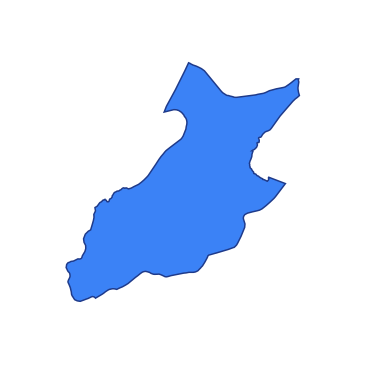 Bachiangchaleunsook, Champasak, Laos (Equal Earth projection), rotated 207°
{"feature_id": "54806243B89644559951637", "entity_name": "Bachiangchaleunsook", "entity_type": "district", "adm_level": 2, "iso_a3": "LAO", "parent_name": "Laos", "parent_adm1": "Champasak", "projection": "equal_earth", "projection_center": [105.973, 15.25], "detail": "fine", "context": "isolated", "style": "filled", "palette": "blue", "viewbox_px": 384, "rotation_deg": 207, "n_neighbors": 0, "source": "geoboundaries", "source_scale": "gbopen_adm2", "svg_char_len": 5894}
<svg xmlns="http://www.w3.org/2000/svg" viewBox="0 0 384 384"><g transform="rotate(207 192 192)"><path d="M271.4,134.1L270.8,133.2L269.4,131.3L269.3,127.5L267.8,124.9L266.9,121.8L266.0,117.2L265.1,112.2L266.6,110.0L267.9,106.0L267.4,101.1L265.3,98.1L262.5,96.1L261.0,93.4L260.4,90.4L260.7,85.8L260.7,85.1L260.4,83.8L260.4,83.0L260.7,82.2L261.8,81.2L263.3,80.6L266.3,76.6L268.3,75.2L269.4,73.6L270.3,72.8L270.8,70.6L269.8,67.5L268.3,66.4L267.1,65.4L266.0,64.8L264.9,64.5L264.0,63.9L262.9,62.5L262.3,61.3L262.1,59.7L262.1,57.6L261.9,56.0L261.4,55.2L259.6,53.8L257.0,51.5L255.4,49.6L254.2,48.2L252.9,46.2L251.8,45.2L247.7,42.8L244.9,42.9L243.3,43.4L241.9,43.9L239.2,46.8L237.5,48.7L236.3,49.9L234.1,52.8L233.4,53.6L232.4,53.9L231.4,54.1L230.2,53.8L229.8,53.6L226.3,59.1L225.6,60.2L224.9,61.5L224.4,62.5L223.9,63.7L222.6,66.0L221.9,67.1L221.4,67.7L219.9,68.9L219.3,69.4L218.7,69.8L218.1,70.1L217.4,70.4L216.4,70.7L215.6,70.9L214.8,71.1L213.8,72.5L212.7,73.9L210.9,76.0L208.9,79.0L207.4,81.5L203.6,90.3L202.4,92.7L201.1,95.7L199.9,98.0L198.8,99.2L197.4,100.2L195.5,100.7L193.3,101.1L191.6,100.9L189.2,101.2L187.9,101.7L185.4,103.1L184.1,103.9L181.9,104.2L179.7,104.3L177.6,104.3L176.3,104.8L175.0,105.8L172.8,107.9L165.7,113.5L162.5,116.0L160.6,117.2L158.3,119.0L156.4,120.0L154.4,121.0L152.8,122.2L151.7,123.5L150.9,124.7L150.5,126.2L149.9,128.0L149.6,129.4L149.1,130.9L148.7,135.8L148.6,140.4L148.8,142.5L148.4,143.4L140.0,151.2L133.4,157.5L129.9,161.3L129.3,161.8L128.7,163.4L128.2,165.1L128.1,167.4L128.2,174.8L129.0,184.4L129.7,186.1L130.3,187.6L134.1,191.5L134.8,193.0L134.9,194.4L134.7,195.8L133.9,197.0L132.9,198.4L129.1,201.8L125.5,204.8L123.6,206.5L121.9,208.9L119.9,213.3L118.0,218.1L116.1,223.4L115.5,225.8L112.6,241.9L130.3,240.0L130.3,239.2L130.2,239.1L130.0,238.9L129.7,238.9L129.5,238.6L129.4,238.0L129.4,237.8L129.4,237.5L129.4,237.2L129.4,236.9L129.6,236.6L129.7,236.4L129.7,235.9L129.8,235.8L129.9,235.7L130.2,235.8L130.6,235.8L131.0,235.7L131.4,235.8L131.7,235.8L132.0,235.7L132.3,235.7L132.6,235.8L132.9,235.8L133.4,235.6L133.7,235.6L134.1,235.7L134.3,235.5L134.8,235.3L135.0,235.5L135.3,235.8L136.0,235.8L136.7,235.8L137.3,235.7L137.6,235.8L138.2,235.9L138.4,235.8L138.7,235.9L139.3,236.1L139.9,236.3L141.4,236.1L142.4,236.5L143.3,236.9L144.2,236.7L144.7,236.8L145.1,236.6L145.4,236.6L145.5,236.7L145.9,237.3L146.1,237.6L146.3,237.8L146.6,237.9L147.2,238.1L147.5,238.2L148.5,238.8L149.1,239.2L149.4,239.5L149.8,239.6L150.2,239.7L151.0,239.9L151.3,240.0L151.6,240.7L151.8,240.9L152.3,241.3L152.6,241.6L152.7,241.9L152.8,242.3L153.0,242.6L153.2,242.8L153.4,243.0L153.6,243.3L153.8,243.4L153.9,243.6L154.0,243.9L154.0,244.2L154.1,244.8L154.3,245.6L154.4,247.6L154.5,248.5L154.7,250.0L154.8,250.7L155.1,251.3L155.3,252.0L155.6,252.5L155.7,253.1L155.8,253.5L155.9,254.0L156.0,254.7L156.1,255.3L156.1,255.7L156.2,256.0L156.3,256.1L156.5,256.2L156.9,256.2L157.3,256.0L157.1,256.4L156.8,256.9L156.5,257.3L156.0,257.9L155.6,258.5L155.5,258.9L155.3,259.5L155.1,260.1L154.9,260.6L154.8,261.0L154.8,261.6L154.9,262.4L154.9,263.0L155.0,263.4L155.2,263.8L155.4,264.1L156.0,264.7L156.3,265.1L156.3,265.3L156.3,265.5L156.2,265.6L156.0,265.8L155.8,266.0L155.6,266.1L155.3,266.2L155.0,266.3L154.9,266.5L154.9,267.0L155.1,267.3L155.2,267.9L155.4,268.3L155.6,268.6L156.1,269.2L156.4,269.5L157.1,270.1L157.2,270.3L157.2,270.5L157.1,270.8L157.0,271.0L156.6,271.4L156.0,271.8L155.7,272.1L155.5,272.4L155.4,272.7L155.4,273.2L155.3,273.8L155.3,274.3L155.3,274.8L155.2,275.2L155.0,276.2L154.0,278.9L151.7,281.4L150.7,282.9L150.2,285.0L148.0,299.7L143.4,318.4L142.2,321.9L141.1,324.1L140.1,326.7L142.3,329.1L144.0,331.4L144.9,332.9L146.3,337.0L146.6,338.0L147.0,338.8L147.6,339.3L148.1,340.2L148.3,341.2L150.7,340.0L153.3,334.3L154.3,332.2L156.6,328.0L157.7,326.9L159.7,325.3L163.7,322.2L169.0,317.4L171.6,314.0L173.1,312.4L177.6,309.0L179.4,307.4L181.3,306.1L195.2,296.6L196.6,295.9L197.8,295.5L198.6,295.5L201.9,294.7L203.3,294.5L204.8,293.9L206.1,294.0L208.1,294.2L209.8,294.4L211.5,295.0L213.0,295.6L215.0,296.5L235.9,305.6L239.6,306.2L242.5,306.2L245.2,306.1L248.8,305.6L251.9,305.6L252.0,305.7L253.7,305.6L253.4,296.8L253.2,275.7L253.7,256.7L253.1,250.6L245.6,257.1L244.3,257.7L243.1,258.2L241.9,258.4L240.6,258.6L237.5,258.2L235.7,257.5L233.9,256.7L233.2,256.0L231.0,255.0L229.7,253.9L228.3,252.1L227.4,250.1L226.8,247.6L226.0,245.3L225.3,237.9L225.5,235.6L225.9,233.9L231.6,222.1L233.0,219.1L233.9,217.1L234.4,215.3L234.9,212.8L235.7,209.5L236.2,206.3L236.6,202.6L236.8,200.5L238.5,186.7L239.1,184.5L240.3,180.8L241.6,177.6L243.1,174.5L246.3,170.3L247.9,167.9L249.4,166.5L249.7,166.2L249.9,166.0L250.2,165.9L250.4,165.9L250.8,165.9L251.9,165.9L252.1,165.9L252.3,165.8L252.7,165.6L252.9,165.5L253.3,165.1L253.6,164.8L253.8,164.8L254.5,164.8L255.0,164.5L255.2,164.3L255.4,164.1L255.6,163.8L255.8,163.4L256.0,162.9L256.2,162.3L256.3,161.9L256.5,161.6L256.7,161.3L257.0,161.0L257.2,160.8L257.4,160.2L257.5,160.0L257.9,159.5L258.1,159.4L258.5,159.2L258.9,158.9L259.1,158.8L259.5,158.3L259.6,158.0L259.8,157.7L260.5,156.9L260.7,156.6L260.9,156.2L261.0,155.8L261.1,155.5L261.1,154.2L261.1,153.9L261.2,153.2L261.3,152.8L261.3,152.4L261.3,152.1L261.0,151.6L261.0,151.4L260.9,151.2L260.9,150.9L261.0,150.5L261.1,150.0L261.2,149.6L261.4,149.3L261.5,149.1L261.7,148.8L262.1,148.4L262.1,148.2L262.1,147.8L262.0,147.4L261.9,147.0L261.8,146.7L261.8,146.4L261.8,146.0L261.8,145.8L262.0,145.6L262.1,145.4L262.3,145.2L262.6,145.2L262.9,144.9L263.1,144.8L263.5,144.9L263.7,145.0L264.0,145.2L264.4,145.5L264.6,145.7L264.8,145.7L265.5,145.6L265.8,145.7L266.2,146.0L266.3,145.9L266.5,145.5L266.7,145.0L266.8,144.8L266.9,144.7L267.0,144.7L267.3,144.7L267.5,144.5L267.8,143.9L268.1,142.7L268.3,142.2L268.6,141.7L269.0,141.2L269.2,140.9L269.3,140.6L269.4,140.2L269.5,139.6L269.6,139.2L269.7,138.2L269.8,137.8L269.9,137.3L270.0,136.9L270.0,136.3L271.4,134.1Z" fill="#3b82f6" stroke="#1e3a8a" stroke-width="1.5"/></g></svg>